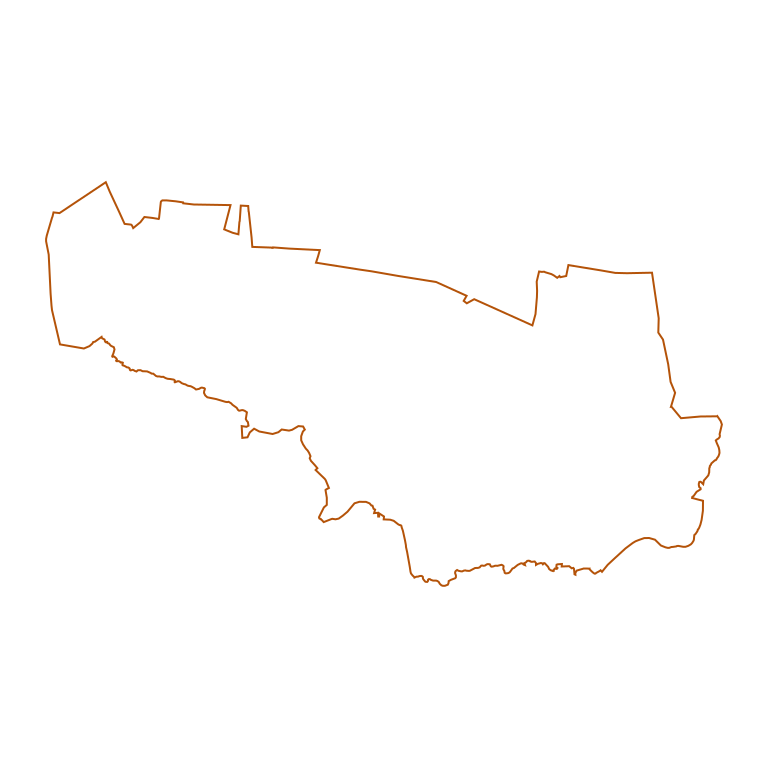 the district of El Salto, Jalisco, Mexico
{"feature_id": "50627088B25488559154572", "entity_name": "El Salto", "entity_type": "district", "adm_level": 2, "iso_a3": "MEX", "parent_name": "Mexico", "parent_adm1": "Jalisco", "projection": "orthographic", "projection_center": [-103.259, 20.539], "detail": "fine", "context": "isolated", "style": "outline", "palette": "amber", "viewbox_px": 768, "rotation_deg": 0, "n_neighbors": 0, "source": "geoboundaries", "source_scale": "gbopen_adm2", "svg_char_len": 6109}
<svg xmlns="http://www.w3.org/2000/svg" viewBox="0 0 768 768"><path d="M717.3,416.1L717.1,416.3L700.4,416.5L681.0,418.2L671.4,406.6L671.0,406.7L675.1,392.8L670.6,381.9L668.2,364.3L663.0,339.6L658.3,332.6L658.7,318.3L652.0,272.7L627.0,273.2L615.2,272.9L600.9,270.4L568.4,265.1L566.2,276.0L560.3,277.2L559.5,276.0L557.2,277.8L553.8,275.4L551.4,274.1L545.4,272.3L544.1,271.7L541.8,271.9L539.1,271.5L536.7,281.6L537.1,290.9L536.9,297.4L535.5,314.1L532.4,325.4L474.2,299.2L466.8,303.3L463.7,300.9L466.6,295.8L436.1,282.0L397.9,275.9L371.5,271.3L359.8,269.6L316.0,262.7L318.1,256.2L319.8,250.1L289.3,248.6L273.1,247.4L273.0,247.8L272.1,247.9L271.9,247.6L252.3,246.9L251.6,237.7L248.8,211.9L248.6,211.5L248.2,206.0L240.8,205.6L239.7,221.2L239.4,222.0L238.4,234.3L232.7,232.8L224.2,229.4L230.5,205.1L193.8,204.5L183.2,203.3L183.1,202.4L175.7,201.3L166.6,200.4L162.3,200.4L161.0,201.5L160.8,202.2L159.0,218.5L158.7,219.0L152.2,217.9L144.4,217.0L140.4,222.2L133.2,228.1L132.3,226.1L131.7,225.1L131.0,224.6L124.6,223.9L119.3,212.2L109.7,191.6L105.8,182.2L59.5,213.1L53.5,212.4L52.5,216.6L52.0,217.8L46.8,235.5L46.1,238.9L46.1,241.3L48.7,254.6L50.6,293.7L51.5,305.6L52.0,310.1L60.0,344.4L83.9,348.5L89.5,346.1L92.1,343.8L92.8,342.9L93.1,342.1L94.9,341.7L101.6,336.9L101.9,338.0L102.3,338.4L104.4,339.4L104.7,339.9L104.9,341.1L105.6,342.2L106.1,342.2L106.8,341.8L107.2,341.9L107.5,343.1L109.1,343.6L110.2,345.1L111.1,345.9L113.8,347.2L114.5,349.4L113.4,353.4L112.2,356.2L112.3,356.6L112.5,356.8L113.7,356.4L114.3,356.6L116.3,358.4L116.9,359.4L116.1,360.7L116.2,360.9L116.7,361.2L118.7,361.1L119.9,361.7L120.6,362.5L121.2,362.5L121.7,362.3L122.8,362.7L122.4,364.9L122.7,365.3L124.5,365.9L127.1,367.4L128.0,367.4L129.0,367.9L129.7,368.6L129.8,369.6L130.2,370.2L130.7,370.4L132.7,369.8L133.8,370.2L134.5,370.8L136.5,371.5L137.8,370.3L138.8,370.2L140.6,370.2L142.5,371.2L147.1,371.4L150.8,373.0L151.2,373.4L151.9,373.7L153.3,373.7L155.9,375.9L156.6,376.2L157.7,376.5L159.1,376.4L161.4,376.9L163.3,376.8L165.6,378.1L167.7,378.8L170.1,379.0L173.7,379.6L174.4,380.0L174.9,380.6L174.6,382.0L174.9,382.3L177.9,381.2L178.9,381.3L180.2,381.9L181.6,383.1L183.8,384.0L185.5,384.4L187.5,385.6L189.1,386.0L190.6,386.2L191.9,386.8L194.4,388.2L196.0,389.5L199.0,388.9L200.9,387.8L201.9,387.6L204.4,388.2L204.9,388.8L204.7,389.8L204.2,391.0L204.0,392.9L205.2,395.4L207.3,397.3L216.3,399.1L225.3,401.8L227.1,402.1L228.6,401.8L231.1,403.3L232.5,404.8L236.7,407.8L238.0,409.9L239.1,410.7L240.4,410.5L241.3,410.2L242.8,410.1L244.7,410.8L246.9,412.3L245.8,419.0L246.8,420.9L247.9,422.1L248.5,425.7L246.5,426.8L241.7,426.1L242.3,437.9L247.5,437.3L249.8,432.4L254.1,428.7L259.3,431.5L272.6,434.0L278.4,432.2L281.7,429.5L289.0,430.6L292.1,429.8L298.4,426.1L303.1,426.5L304.8,429.6L302.9,431.5L301.2,436.2L301.2,440.3L303.0,444.3L305.8,448.6L307.6,450.5L309.1,452.9L310.5,456.2L309.7,458.2L310.9,460.8L315.0,465.3L317.4,468.2L315.6,470.0L324.8,478.9L325.7,480.2L328.9,488.0L326.2,489.4L325.5,490.0L326.8,497.7L326.8,504.9L323.9,507.4L319.0,517.2L319.3,518.4L320.4,518.8L320.3,519.0L321.8,520.0L323.7,522.1L331.3,519.1L332.3,518.8L335.5,519.3L338.7,518.6L342.9,515.6L347.5,511.7L354.5,503.3L359.4,501.8L366.1,501.9L369.6,503.4L371.4,505.5L372.5,505.7L373.6,508.8L375.1,509.6L374.1,513.1L378.0,512.8L378.2,516.5L379.1,516.5L379.2,513.4L384.0,516.5L383.7,519.4L390.2,519.7L393.7,520.8L398.3,524.4L399.7,525.1L400.7,525.2L401.4,525.9L401.7,527.4L402.9,530.8L405.0,540.3L405.9,545.2L406.0,547.0L407.1,551.9L409.8,567.0L410.5,571.7L411.0,573.5L412.7,575.6L414.1,576.9L414.4,577.6L416.4,576.7L418.1,576.6L419.4,576.1L421.1,575.9L422.3,576.3L422.9,577.0L422.9,578.2L423.2,579.1L425.1,581.5L426.0,581.9L427.3,581.9L428.0,580.9L428.1,579.7L428.8,579.1L429.8,579.1L431.0,579.9L433.1,580.6L436.1,580.6L437.4,581.0L438.8,582.0L439.7,583.7L441.4,585.3L442.8,585.8L444.9,585.8L447.8,584.7L448.5,583.1L448.7,581.1L451.0,579.8L455.3,578.2L455.9,577.3L455.9,575.3L455.1,573.1L455.2,572.0L455.7,571.0L457.1,570.0L458.5,570.8L460.8,571.3L462.1,571.4L463.9,570.6L465.3,570.4L466.4,570.7L468.6,570.9L469.8,570.8L475.1,568.0L478.0,567.9L479.6,567.4L481.1,565.7L482.1,565.5L483.5,565.8L484.9,565.6L486.7,564.4L487.8,564.1L489.8,564.3L490.8,566.3L491.7,566.7L493.7,566.3L494.5,565.9L495.6,565.7L497.5,565.8L501.5,564.8L502.0,565.0L502.7,565.3L503.6,566.2L503.3,568.8L503.5,569.5L504.3,570.8L504.7,572.8L505.4,573.3L506.8,573.3L508.2,573.1L509.4,572.5L510.1,571.8L512.5,568.5L513.9,568.0L517.7,564.9L520.7,563.4L521.8,563.3L522.8,563.7L523.5,564.5L525.0,565.1L524.4,563.1L526.0,562.3L527.2,560.9L528.5,560.7L529.3,560.8L529.7,561.2L530.2,561.1L531.1,561.8L532.1,561.8L534.7,561.5L536.0,563.1L536.0,564.9L537.9,563.8L540.9,563.0L542.2,563.3L542.9,564.3L544.0,563.1L544.7,563.2L548.1,566.8L549.2,569.1L550.8,570.3L552.5,570.9L552.5,570.6L553.7,570.8L553.8,570.0L554.7,568.6L556.8,568.9L557.5,568.0L556.3,567.0L556.6,564.7L557.7,564.3L561.9,564.0L561.7,566.5L569.2,566.2L571.7,568.3L573.3,567.9L574.0,568.8L574.5,574.3L575.4,574.7L575.3,573.0L576.7,570.6L583.8,568.5L589.5,568.6L589.4,569.1L591.5,571.2L592.8,572.4L594.3,573.5L594.9,573.7L595.6,573.5L596.2,572.9L599.9,570.9L600.6,570.3L602.0,571.8L607.7,564.8L614.8,558.2L625.5,548.4L632.7,543.0L635.5,541.3L638.8,540.0L644.2,538.1L649.1,538.0L655.0,539.7L660.9,545.5L665.4,547.3L667.8,547.9L669.1,547.9L671.4,547.0L673.0,546.9L676.3,546.4L677.0,546.0L678.4,545.9L683.2,546.8L685.5,546.8L688.4,545.8L690.9,544.3L692.2,542.9L693.6,540.6L693.9,539.5L694.3,535.1L694.7,534.6L695.3,534.3L697.4,531.2L697.8,529.7L698.0,529.7L699.1,527.9L700.4,524.6L701.6,519.9L702.9,510.7L703.0,500.8L692.1,498.0L692.3,496.9L693.7,495.9L696.6,491.8L700.6,489.3L700.6,488.2L699.2,487.0L698.8,484.9L698.8,483.8L699.3,482.0L700.2,481.7L701.0,482.0L703.2,484.2L703.9,480.5L708.3,475.4L709.2,472.3L709.3,468.2L709.8,467.1L709.8,466.2L710.2,465.5L711.0,464.6L711.3,463.5L714.9,460.3L715.7,460.2L716.5,459.3L716.8,458.5L718.3,456.5L719.0,454.8L719.5,452.9L719.3,450.1L718.7,447.4L716.8,443.1L715.8,440.4L717.1,439.3L718.5,438.5L719.7,437.0L719.9,435.7L719.6,434.2L721.9,424.5L720.7,421.1L717.3,416.1Z" fill="none" stroke="#b45309" stroke-width="2"/></svg>